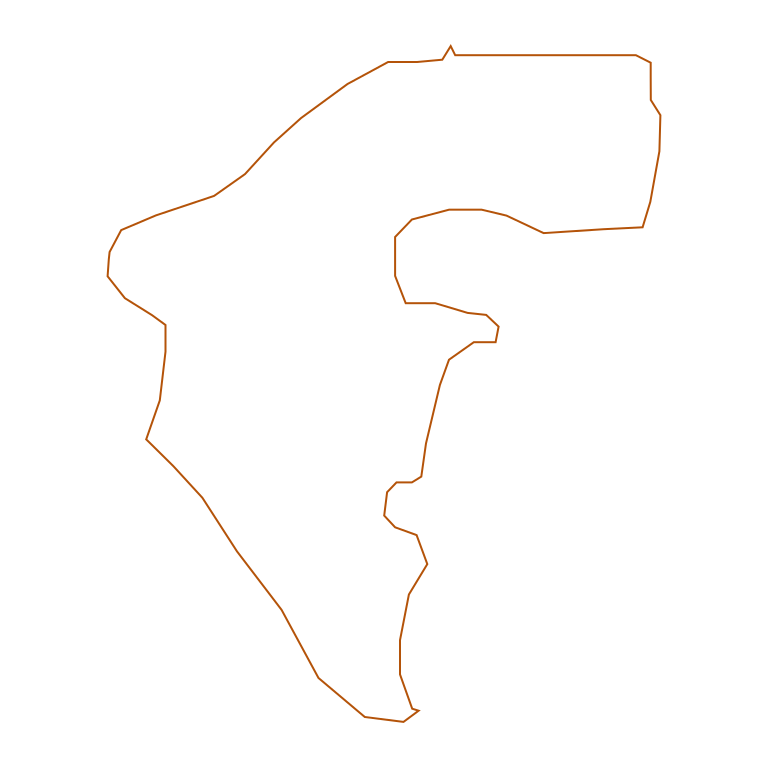 an SVG outline of Sopište
{"feature_id": "MKD-2909", "entity_name": "Sopište", "entity_type": "Statistical Region", "adm_level": 1, "iso_a3": "MKD", "parent_name": "North Macedonia", "parent_adm1": "", "projection": "natural_earth1", "projection_center": [21.335, 41.836], "detail": "fine", "context": "isolated", "style": "outline", "palette": "amber", "viewbox_px": 768, "rotation_deg": 0, "n_neighbors": 0, "source": "natural_earth", "source_scale": "10m", "svg_char_len": 990}
<svg xmlns="http://www.w3.org/2000/svg" viewBox="0 0 768 768"><path d="M148.6,441.7L146.2,439.4L159.8,400.4L165.5,351.7L165.5,325.0L152.1,315.2L124.9,298.2L107.6,276.3L108.8,259.4L109.6,252.0L121.2,230.1L155.9,215.4L214.1,195.9L245.0,174.1L274.0,142.4L301.0,118.1L347.5,84.0L388.1,62.0L417.1,62.0L442.3,59.7L450.7,46.1L455.2,55.2L511.4,55.2L561.9,55.2L606.2,55.2L615.1,55.2L635.9,55.2L650.7,62.7L650.7,77.6L650.8,100.0L660.4,115.2L659.4,151.3L650.3,201.9L642.6,227.3L603.8,229.2L543.6,233.1L506.5,215.6L481.7,209.7L449.0,209.7L411.9,219.5L395.1,237.0L395.1,275.9L405.7,303.2L435.2,303.2L467.6,312.9L486.2,314.9L498.6,326.6L495.6,342.2L473.8,342.2L449.0,359.7L439.9,385.0L426.0,443.4L421.3,476.6L411.9,482.4L396.5,482.4L387.1,492.2L384.2,515.6L395.1,527.3L416.6,535.1L427.3,564.1L408.9,594.5L400.0,640.2L400.0,674.4L412.2,708.7L418.6,710.7L403.5,721.9L364.8,717.0L318.5,678.0L281.6,609.9L237.0,551.4L202.4,497.8L173.4,466.2L148.6,441.7Z" fill="none" stroke="#b45309" stroke-width="2"/></svg>